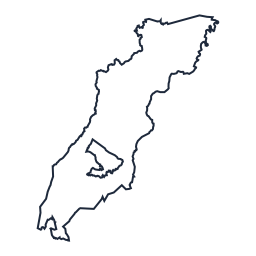 outline of Ixtlán de Juárez, Oaxaca, Mexico
{"feature_id": "50627088B17775839910325", "entity_name": "Ixtlán de Juárez", "entity_type": "district", "adm_level": 2, "iso_a3": "MEX", "parent_name": "Mexico", "parent_adm1": "Oaxaca", "projection": "equal_earth", "projection_center": [-96.312, 17.477], "detail": "fine", "context": "isolated", "style": "outline", "palette": "slate", "viewbox_px": 256, "rotation_deg": 0, "n_neighbors": 0, "source": "geoboundaries", "source_scale": "gbopen_adm2", "svg_char_len": 5724}
<svg xmlns="http://www.w3.org/2000/svg" viewBox="0 0 256 256"><path d="M145.4,19.7L146.1,21.4L146.0,21.9L144.6,21.5L143.2,22.0L143.1,22.9L143.6,23.5L143.9,24.9L143.0,25.8L142.7,26.5L142.8,27.7L142.3,27.9L141.3,27.1L139.7,27.8L139.2,27.1L138.8,25.5L137.6,25.9L137.4,27.0L136.3,28.5L136.9,30.5L135.1,30.3L134.6,30.8L134.7,31.1L136.0,31.7L136.7,33.1L137.6,33.8L138.1,36.1L138.4,36.2L139.2,35.2L140.7,34.8L141.3,35.0L141.8,37.1L140.5,38.0L140.6,38.7L139.6,39.7L139.7,43.0L140.2,44.3L140.2,45.3L141.2,46.0L141.7,46.0L142.1,47.8L142.3,49.8L141.9,50.6L140.5,51.3L139.4,50.8L137.9,51.6L136.9,52.8L134.3,53.1L134.3,53.5L131.7,56.2L131.4,58.4L130.7,59.2L129.7,59.5L128.5,60.9L125.5,61.5L124.6,62.2L123.9,63.3L121.7,64.7L120.0,63.0L119.5,61.5L118.6,61.1L118.3,60.1L116.8,59.8L116.2,59.0L114.6,60.3L114.8,63.2L114.1,64.6L112.4,64.9L112.3,64.4L111.5,64.1L108.6,65.2L107.9,67.4L108.4,69.6L107.7,70.8L106.0,72.1L103.6,71.0L103.4,71.3L100.8,70.1L99.8,70.9L98.7,70.7L96.7,72.1L96.5,72.8L97.3,74.3L97.1,75.8L97.5,77.0L96.4,81.4L96.7,82.5L95.7,83.9L95.5,84.6L95.8,86.2L96.9,87.7L96.9,88.7L98.8,89.8L99.0,91.8L98.7,92.2L98.6,93.8L97.8,94.3L97.3,95.3L96.8,98.7L97.2,100.6L96.1,103.3L96.2,105.4L94.7,108.4L94.9,110.2L95.3,110.5L95.6,110.3L95.8,111.2L95.5,112.3L95.7,113.3L95.1,113.2L94.8,114.2L92.9,115.2L91.1,116.9L90.2,118.9L90.0,119.8L90.2,120.5L89.9,122.2L87.8,125.9L87.6,126.8L87.1,126.9L86.4,127.6L85.1,127.5L84.1,128.6L84.3,129.5L84.2,130.5L84.5,131.1L83.8,131.5L83.4,132.5L83.0,132.6L82.4,134.4L81.5,134.7L81.5,135.5L81.1,135.5L81.0,136.2L80.0,136.1L79.6,136.5L77.5,139.9L76.1,140.7L75.6,142.1L74.0,143.8L73.4,144.2L72.3,144.1L72.0,144.9L71.0,145.4L70.1,147.0L69.2,147.7L68.8,148.6L68.5,150.6L67.8,152.1L63.1,157.8L61.3,159.1L60.5,159.3L58.8,160.9L58.0,162.0L57.0,162.7L56.1,164.3L54.8,164.5L53.9,165.1L53.2,166.3L52.7,166.3L53.1,176.5L51.2,181.9L50.5,185.2L49.7,186.6L47.7,191.7L46.1,198.8L40.1,206.8L40.5,212.8L37.7,228.2L40.8,229.7L41.5,228.9L41.7,227.5L42.5,227.1L43.4,227.3L44.5,228.7L45.8,226.6L45.6,224.6L47.6,219.9L47.9,220.1L48.9,219.7L50.9,218.3L52.0,219.1L52.4,217.0L54.2,220.1L54.6,222.1L55.3,222.3L54.9,223.4L56.3,229.1L54.4,229.7L51.0,228.3L50.5,228.6L50.8,229.0L51.9,235.0L53.2,237.0L53.7,237.1L53.9,238.0L54.8,237.9L55.3,238.5L55.9,238.0L57.4,238.9L59.5,237.5L59.5,238.0L61.3,239.1L63.2,238.5L66.0,239.9L67.9,240.0L68.1,240.5L69.0,240.6L68.5,237.1L66.7,234.1L65.9,233.4L65.3,228.8L63.1,226.6L69.3,221.2L69.9,219.5L74.4,214.0L75.1,212.7L75.8,212.3L79.3,208.7L80.3,208.2L93.8,208.9L101.6,199.2L102.6,196.8L104.3,200.9L108.1,194.3L113.8,192.5L121.8,185.2L125.9,189.3L129.2,188.9L130.9,188.2L130.0,186.0L129.9,184.9L129.7,184.8L130.6,183.0L131.4,182.2L132.1,182.2L133.0,176.9L134.2,176.6L133.0,174.8L134.2,172.2L134.8,166.8L132.7,160.2L133.5,158.9L132.6,156.4L133.5,154.2L133.7,152.4L134.8,151.8L135.0,151.5L134.8,150.9L135.2,150.8L135.9,149.9L136.4,150.1L136.7,149.4L136.0,146.8L136.4,144.1L137.8,141.0L141.9,136.9L149.1,133.2L149.4,132.1L150.3,131.4L151.1,130.3L152.0,130.3L152.9,129.1L153.2,126.6L153.6,125.9L153.6,123.6L152.8,123.4L152.2,122.2L152.2,119.9L150.9,119.4L148.5,116.1L147.6,115.8L147.2,115.3L146.5,113.7L146.3,112.5L147.1,110.5L147.2,108.0L146.9,106.8L148.2,105.8L149.0,103.9L149.5,103.6L149.8,101.9L151.1,99.2L151.1,96.1L152.8,93.6L153.8,93.2L155.6,91.7L157.2,91.2L160.2,92.1L164.5,92.1L167.9,89.3L168.7,88.2L168.5,86.8L168.6,83.5L169.3,81.1L169.6,77.4L171.2,74.2L171.7,73.7L173.9,73.9L176.3,73.3L177.0,72.7L177.5,71.5L178.4,71.1L180.9,72.0L183.0,71.8L183.5,72.3L183.8,73.8L187.3,73.2L189.2,73.9L193.0,71.6L194.2,70.3L194.7,69.2L196.0,67.9L196.1,67.4L193.9,66.3L195.2,62.7L196.2,61.5L198.2,60.3L198.3,59.9L196.9,59.2L196.6,58.5L197.2,57.2L198.2,56.1L199.6,55.7L200.1,54.5L200.0,53.7L199.0,52.9L198.6,51.7L201.5,49.9L201.6,49.4L201.0,48.1L200.8,46.0L201.2,43.8L202.8,42.2L204.0,41.8L205.2,43.3L205.6,44.5L205.6,45.5L206.8,45.9L207.8,45.2L207.7,44.2L206.0,43.1L205.8,40.2L206.3,38.8L206.2,37.8L204.7,36.9L205.1,35.3L206.3,33.7L206.0,30.9L206.6,30.1L208.0,29.8L210.3,32.0L210.7,31.4L210.6,30.7L209.3,27.0L209.5,26.2L210.2,25.8L210.9,26.5L211.0,28.9L212.5,29.9L213.4,31.1L213.8,31.1L214.4,29.9L214.6,28.0L215.0,27.4L215.2,26.3L214.1,24.4L214.1,23.8L214.8,22.9L215.8,22.6L217.1,23.5L218.1,22.9L218.3,22.1L217.6,21.2L216.9,21.2L215.3,20.2L211.7,19.7L211.7,18.9L212.6,17.2L207.0,16.8L199.5,15.4L167.9,24.1L167.0,22.6L166.6,22.9L165.9,22.8L164.7,23.7L163.5,23.6L163.3,24.1L162.9,23.7L162.6,24.3L161.6,23.9L161.0,23.2L160.7,22.1L160.7,20.2L159.9,21.3L157.7,21.3L157.4,21.5L149.0,18.9L145.4,19.7ZM92.6,139.4L105.0,148.4L105.9,150.2L109.1,152.5L114.8,155.2L117.1,157.1L117.7,158.4L118.4,158.8L120.7,159.0L121.3,159.6L122.3,159.9L122.6,160.5L122.6,161.5L122.8,161.7L121.9,163.2L121.7,164.5L120.8,165.4L119.5,165.8L117.8,168.1L117.7,168.8L116.8,169.2L115.9,168.8L115.6,169.0L115.5,170.0L114.7,170.5L114.1,170.3L113.6,170.7L113.1,170.1L112.3,171.1L112.5,172.6L112.1,173.3L111.1,173.1L110.3,172.2L110.0,170.7L108.7,170.6L108.3,171.8L107.5,172.1L106.8,171.9L106.5,172.3L106.4,173.7L106.8,175.2L105.2,175.3L104.1,176.9L102.8,175.1L102.3,175.8L102.6,176.7L102.0,177.5L100.5,177.7L99.2,176.4L98.1,175.9L97.5,175.8L96.8,176.3L96.2,176.1L95.6,176.4L93.9,175.4L92.9,175.6L92.1,174.8L91.5,174.7L90.6,175.4L89.7,174.9L88.9,175.4L87.3,174.7L87.1,174.3L87.6,173.7L90.5,172.4L90.7,171.1L91.7,168.8L92.9,167.9L95.2,169.4L97.0,169.7L99.4,170.0L100.0,168.5L100.5,168.6L101.4,170.1L103.0,169.3L102.5,167.7L101.8,166.4L100.9,165.8L100.2,166.2L99.9,166.1L100.2,164.5L98.7,163.9L97.2,162.3L96.8,162.3L96.1,160.9L95.5,158.8L95.6,157.6L94.8,155.1L94.4,155.2L90.4,152.2L88.2,151.4L86.3,151.7L87.1,149.6L87.5,149.2L87.5,148.2L87.8,147.7L88.4,147.8L88.9,146.9L88.8,146.0L90.9,143.8L92.6,139.4Z" fill="none" stroke="#1e293b" stroke-width="2"/></svg>